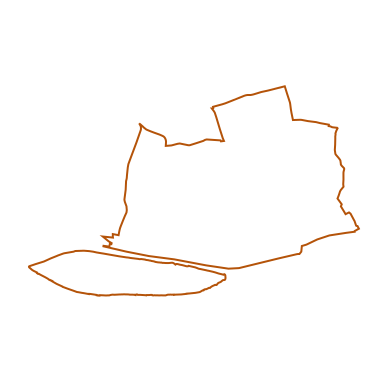 Misr Al-Qadima, Al Qahirah, Egypt, rotated 268°
{"feature_id": "37247803B34541492244214", "entity_name": "Misr Al-Qadima", "entity_type": "district", "adm_level": 2, "iso_a3": "EGY", "parent_name": "Egypt", "parent_adm1": "Al Qahirah", "projection": "mercator", "projection_center": [31.232, 30.011], "detail": "fine", "context": "isolated", "style": "outline", "palette": "amber", "viewbox_px": 384, "rotation_deg": 268, "n_neighbors": 0, "source": "geoboundaries", "source_scale": "gbopen_adm2", "svg_char_len": 5734}
<svg xmlns="http://www.w3.org/2000/svg" viewBox="0 0 384 384"><g transform="rotate(268 192 192)"><path d="M243.4,138.2L229.9,132.6L222.1,129.4L218.9,128.7L211.8,127.7L208.3,127.3L207.3,127.1L205.2,126.5L196.6,125.8L186.9,124.2L185.7,124.3L184.3,124.6L180.0,126.0L176.2,126.2L173.8,125.8L170.2,124.0L165.8,122.0L160.3,119.6L158.3,118.8L156.6,118.3L154.6,117.8L151.4,117.1L152.7,111.4L150.2,111.3L149.2,111.4L150.6,101.3L145.6,107.0L143.7,109.9L142.8,109.6L143.5,108.2L140.3,107.5L141.3,101.7L140.8,101.6L134.7,124.3L129.5,146.6L125.3,171.9L118.2,203.5L114.1,225.8L114.3,236.3L122.6,276.2L126.3,295.1L126.3,297.2L128.5,299.1L128.9,299.2L134.2,299.9L135.4,304.5L140.2,315.5L143.8,327.8L145.8,344.7L146.6,353.0L146.9,352.9L147.3,353.2L149.5,357.5L152.2,356.2L152.3,355.5L152.5,355.0L152.8,354.8L157.4,353.4L158.3,352.9L164.8,349.7L166.1,348.2L164.5,344.7L168.2,342.7L172.4,340.3L174.5,341.2L180.4,337.2L183.4,338.5L185.8,339.4L187.3,339.9L188.8,340.8L192.0,343.6L194.5,343.4L199.0,343.8L205.2,344.0L206.6,344.1L209.5,344.9L210.0,344.9L210.6,344.7L212.9,342.6L214.1,341.8L214.6,341.7L215.4,341.7L218.2,341.4L219.1,341.0L221.1,339.6L224.1,337.2L224.7,336.8L225.3,336.6L229.0,336.2L234.2,336.7L241.0,337.1L242.2,337.1L244.8,337.5L245.6,337.4L248.2,338.4L250.6,339.7L251.1,339.3L251.6,335.8L251.9,334.2L252.7,332.7L252.9,332.1L253.1,330.9L254.5,331.1L256.4,322.3L257.5,318.5L258.8,310.4L260.3,303.8L260.4,301.9L260.4,296.8L260.4,295.4L267.5,294.2L271.2,293.7L276.6,293.2L278.0,293.0L287.1,290.4L294.4,288.4L290.7,271.4L289.5,264.7L288.6,261.4L287.4,256.9L287.1,255.4L287.0,254.7L286.9,254.0L286.9,252.9L287.0,251.6L287.0,250.8L286.9,250.0L286.8,249.3L286.6,248.5L286.4,247.7L286.1,246.9L283.9,240.8L281.7,234.7L279.5,228.5L278.6,225.3L276.4,216.0L276.0,216.1L275.8,216.2L275.1,216.2L274.9,215.9L274.8,215.6L274.8,215.3L274.8,214.7L272.3,216.5L270.6,217.5L265.8,218.9L254.0,222.0L244.8,224.6L241.9,225.7L241.6,222.7L242.6,222.3L242.7,221.2L244.0,208.5L243.6,206.8L242.7,205.1L240.6,197.8L238.9,191.6L238.8,190.9L238.9,189.8L240.9,181.5L240.7,179.5L240.4,178.1L239.3,173.3L239.2,172.0L239.0,167.4L243.1,167.8L244.4,167.7L245.3,167.5L245.9,167.3L246.8,166.9L247.6,166.4L248.3,165.7L248.6,165.4L248.9,164.8L249.3,164.1L250.5,161.6L252.6,156.3L254.1,152.7L255.2,150.3L255.9,148.8L256.3,148.2L257.0,147.4L257.6,146.7L258.2,146.0L259.4,144.9L260.2,144.0L261.0,143.2L261.7,142.4L262.4,141.6L261.5,142.1L259.9,142.9L258.9,143.2L257.8,143.2L257.1,143.2L256.1,143.1L254.7,142.6L252.4,141.7L243.4,138.2ZM118.7,31.0L117.0,34.2L116.4,34.1L115.5,35.4L115.7,35.9L114.6,37.6L111.9,42.4L110.3,45.0L109.3,46.1L108.8,47.1L109.0,47.2L108.0,49.2L107.7,49.0L104.9,53.5L102.0,59.3L101.7,59.4L101.3,60.5L99.8,64.1L97.7,69.5L96.7,72.0L96.1,73.4L95.8,75.1L95.1,78.2L94.6,80.8L93.6,85.2L93.8,85.2L93.7,86.6L92.5,93.0L92.2,93.0L92.0,94.6L91.8,94.5L91.7,95.2L91.9,95.2L91.8,96.4L92.1,96.5L92.0,97.7L91.9,98.9L91.6,102.3L91.6,106.0L91.8,106.5L92.0,107.4L92.2,109.0L92.0,110.8L92.1,115.3L92.1,120.5L91.8,125.4L91.6,126.0L91.3,131.7L91.0,131.7L90.9,132.1L91.3,132.3L91.6,133.4L91.1,134.2L91.0,136.7L90.8,138.7L90.5,141.8L90.4,142.2L90.5,142.2L90.6,143.1L90.5,145.6L90.6,147.1L90.6,147.7L90.5,148.2L90.5,148.5L90.4,148.6L90.3,148.8L90.2,148.8L90.1,149.2L90.0,149.4L90.0,149.7L90.1,150.6L89.8,156.0L89.8,158.0L89.7,159.2L89.6,162.2L89.7,162.4L90.2,164.1L90.2,166.6L90.1,168.8L90.1,170.5L89.8,170.5L90.0,172.1L90.0,177.6L90.4,183.1L90.6,183.1L90.7,184.8L90.6,185.0L90.7,186.0L91.1,192.0L91.7,196.2L92.3,197.4L93.1,198.8L93.2,199.2L93.2,199.3L93.2,199.8L93.4,200.2L93.4,200.3L93.5,200.4L93.8,200.3L94.0,200.7L94.2,201.1L94.3,201.6L94.4,202.0L94.3,202.3L94.3,202.6L94.7,203.7L95.6,205.6L95.6,205.8L95.6,206.0L95.5,206.3L95.5,206.6L95.7,206.8L95.9,207.0L96.1,207.2L96.5,207.8L96.9,208.4L97.1,208.8L97.4,209.4L97.9,210.7L98.4,211.8L98.4,212.1L98.4,212.3L98.2,212.6L98.2,212.8L98.2,213.1L98.3,213.4L98.5,213.5L98.8,213.8L99.6,214.5L99.8,214.7L100.0,214.9L100.2,215.2L100.5,215.9L100.8,216.8L101.1,217.5L101.5,218.1L102.1,218.8L102.7,219.6L102.8,219.9L102.9,220.3L102.9,220.6L102.9,221.0L103.0,221.5L103.1,221.8L103.3,221.9L103.7,222.2L104.0,222.3L104.4,222.4L105.0,222.5L107.4,222.4L107.8,222.3L108.2,222.1L108.3,222.0L108.5,221.8L108.7,221.5L108.7,221.4L108.7,221.2L108.4,220.9L108.2,220.7L109.0,218.0L109.6,215.8L110.0,214.7L110.8,212.5L111.6,209.9L112.0,208.4L112.7,205.8L113.0,204.4L113.2,203.8L114.8,197.4L114.9,196.7L115.1,196.1L115.2,195.7L115.4,195.3L116.0,194.0L116.3,193.2L116.5,192.8L116.9,191.3L118.2,186.5L118.2,186.2L118.3,185.9L118.2,185.8L118.0,185.5L117.9,185.4L117.9,185.1L117.9,184.9L117.9,184.7L117.9,184.4L118.1,183.5L119.0,180.6L119.3,179.6L119.8,177.3L120.4,175.4L120.6,174.5L120.6,174.1L120.6,173.8L120.5,173.5L120.4,173.5L120.1,173.1L120.0,172.9L120.3,172.6L120.7,172.2L121.0,171.9L121.2,171.5L121.6,170.9L121.9,170.2L122.0,169.7L122.0,169.0L122.0,168.2L121.9,167.9L121.8,165.5L121.9,164.6L121.9,164.2L121.9,163.5L122.1,161.9L122.2,159.8L122.5,159.2L122.5,158.5L122.6,157.8L122.7,157.1L122.8,156.5L122.8,155.9L123.2,154.0L123.3,153.3L123.6,152.7L123.7,152.1L124.0,151.6L124.1,151.0L124.4,149.6L124.5,149.0L124.8,148.4L124.9,147.8L125.0,147.2L125.2,146.5L125.4,145.8L125.5,145.1L125.7,143.8L126.2,142.5L126.2,141.9L126.4,141.2L126.6,139.9L126.7,139.3L126.8,138.7L126.7,138.0L126.7,137.4L126.8,136.7L127.0,136.1L127.2,134.8L127.5,132.8L127.6,132.2L127.7,131.6L128.0,129.6L128.1,129.0L128.2,128.4L128.3,127.7L128.5,127.1L128.6,126.5L128.8,125.3L128.9,124.4L130.3,116.8L133.6,101.2L133.8,100.1L134.9,94.6L135.8,91.1L136.5,87.2L137.1,81.9L137.1,73.3L136.5,71.6L135.2,62.0L134.9,60.9L133.2,55.7L132.8,54.7L130.6,48.6L127.7,41.6L125.4,33.2L124.7,30.9L123.5,26.8L123.2,26.5L122.4,26.6L119.7,29.5L118.7,31.0Z" fill="none" stroke="#b45309" stroke-width="2"/></g></svg>